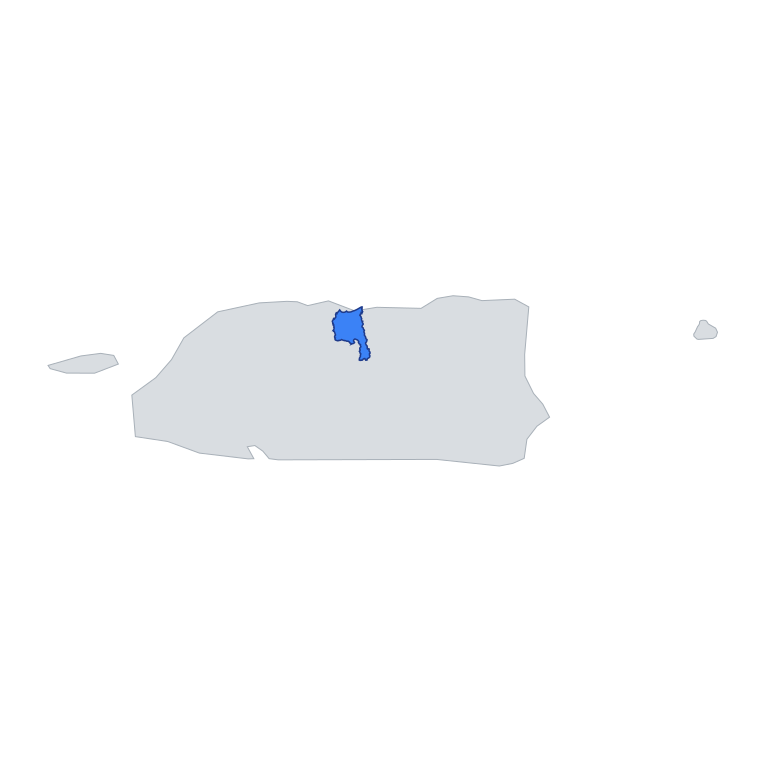 Juana Díaz, Puerto Rico (highlighted), rotated 178°
{"feature_id": "32010507B98584278063898", "entity_name": "Juana Díaz", "entity_type": "district", "adm_level": 2, "iso_a3": "PRI", "parent_name": "Puerto Rico", "parent_adm1": "", "projection": "natural_earth1", "projection_center": [-66.503, 18.064], "detail": "fine", "context": "in_parent", "style": "filled", "palette": "blue", "viewbox_px": 768, "rotation_deg": 178, "n_neighbors": 0, "source": "geoboundaries", "source_scale": "gbopen_adm2", "svg_char_len": 4128}
<svg xmlns="http://www.w3.org/2000/svg" viewBox="0 0 768 768"><g transform="rotate(178 384 384)"><path d="M507.4,321.1L515.2,327.0L522.8,326.1L516.7,313.9L522.3,313.9L570.9,321.4L602.2,334.1L634.3,340.1L636.4,381.7L611.7,398.4L595.5,415.8L582.4,437.1L547.7,461.9L505.9,469.4L478.1,470.0L467.8,469.2L457.6,465.0L436.6,469.0L410.7,458.1L388.5,460.9L344.3,458.3L327.8,467.7L311.9,469.8L296.4,468.1L283.2,463.9L250.4,464.2L236.6,456.0L242.4,408.6L242.9,387.1L234.9,369.4L226.0,358.3L219.7,345.1L232.6,336.5L243.1,323.8L246.5,304.8L258.0,300.2L271.6,298.0L334.1,306.8L492.4,311.9L501.4,313.4L507.4,321.1ZM686.0,422.6L666.1,424.5L653.1,422.0L648.8,413.2L672.9,404.9L701.0,406.0L717.1,411.0L719.1,414.3L686.0,422.6ZM65.2,436.3L62.9,436.6L60.5,436.3L59.4,435.5L57.8,432.7L50.6,428.2L48.9,424.1L50.5,419.8L53.5,418.1L68.2,417.6L69.7,418.0L72.6,421.0L72.7,423.1L71.2,425.2L68.6,430.4L67.5,431.7L66.7,433.1L66.3,435.5L65.2,436.3Z" fill="#d9dde1" stroke="#a8b0b8" stroke-width="1"/><path d="M403.3,461.9L405.1,461.2L408.3,459.5L410.9,458.4L412.1,458.1L412.7,457.9L414.3,457.3L414.7,457.2L415.8,457.1L416.4,457.1L417.0,457.1L417.6,457.2L417.8,457.3L418.1,457.3L418.5,457.8L418.9,458.2L419.9,457.5L420.9,457.1L422.4,457.0L422.7,457.1L423.8,457.4L424.7,458.2L425.2,458.9L425.7,459.6L426.3,458.9L426.9,458.0L428.0,457.1L428.2,456.6L428.5,456.3L428.7,455.7L429.2,455.9L429.1,456.7L429.2,456.8L429.4,456.5L430.0,455.1L429.8,453.6L429.8,453.0L430.0,452.1L431.0,451.3L431.8,451.4L431.9,451.2L431.7,450.9L431.6,450.6L432.3,450.7L432.6,449.8L433.2,449.1L433.5,448.5L433.4,447.9L433.2,447.5L433.0,446.9L433.1,446.2L432.6,445.9L432.6,445.7L432.9,445.0L432.8,444.8L432.4,445.2L432.2,445.0L432.2,444.1L432.0,443.2L432.2,442.4L431.9,442.2L431.9,441.5L432.2,440.4L432.7,439.7L432.3,439.8L432.3,439.3L432.7,438.7L432.6,438.4L432.1,438.3L431.7,437.9L431.0,435.5L430.8,435.2L431.2,434.4L431.0,434.2L431.4,433.8L431.8,432.8L431.3,431.4L431.2,431.4L431.5,430.8L431.1,429.7L430.0,429.2L428.8,428.8L427.8,429.1L427.6,428.9L426.6,429.3L426.1,429.2L425.4,429.5L424.9,429.9L423.6,429.3L423.1,429.0L422.1,428.9L422.0,428.7L421.0,428.7L420.7,428.5L419.5,428.0L418.8,428.1L418.0,427.9L417.3,427.4L417.2,426.9L416.8,426.7L416.5,426.0L416.1,425.9L415.1,425.4L415.4,424.9L414.1,425.4L413.0,425.6L412.0,426.4L412.0,426.7L412.9,427.9L412.9,428.5L412.9,428.8L412.2,429.6L411.5,430.0L410.8,429.8L409.5,429.1L409.1,429.0L408.8,428.8L408.3,428.0L407.8,427.4L408.1,426.4L407.8,425.8L407.6,425.6L407.3,424.9L406.7,424.7L406.1,424.1L406.4,423.6L406.1,423.0L405.8,422.2L405.9,421.8L406.6,421.3L406.8,420.9L406.9,420.7L407.0,419.6L406.7,419.2L406.7,418.4L407.5,417.6L407.1,417.0L406.6,415.1L406.2,414.9L406.3,414.7L406.4,413.8L406.7,413.2L406.6,412.3L407.6,410.8L407.8,409.6L407.9,408.8L407.3,408.5L407.0,408.6L406.4,408.4L406.0,408.7L405.5,408.5L404.9,408.7L404.6,408.7L403.9,409.7L403.1,409.9L403.0,410.1L402.2,410.1L401.9,409.2L401.4,408.4L400.4,408.5L400.0,408.7L400.2,409.1L400.1,409.4L399.7,409.9L398.6,410.5L397.7,411.0L397.4,411.4L397.1,412.5L397.1,412.8L397.5,413.2L397.5,414.8L397.2,415.2L396.8,415.4L397.1,416.8L397.7,417.4L397.8,418.6L397.6,419.0L397.8,419.7L398.5,419.7L398.7,419.8L399.3,419.6L399.5,420.3L399.4,420.4L399.5,421.3L399.4,421.7L399.6,422.0L399.6,422.7L400.1,423.3L400.5,423.7L400.6,424.2L400.9,424.8L401.0,425.6L400.8,426.1L400.1,426.6L399.8,427.2L399.9,427.9L399.4,428.4L399.4,429.0L400.4,429.8L400.8,430.7L400.6,431.1L400.7,431.5L401.1,432.4L401.8,433.2L401.9,433.7L401.7,434.5L401.7,435.5L402.2,436.4L402.3,437.0L401.7,438.1L401.8,438.6L402.2,438.8L402.5,439.1L402.8,440.7L403.9,441.7L404.0,441.9L403.9,442.4L403.8,442.8L403.4,443.6L402.7,444.4L402.7,444.8L403.6,446.6L403.1,447.4L403.5,447.5L403.9,447.7L404.3,449.3L404.0,450.3L404.5,451.0L404.5,451.8L405.0,452.5L405.1,452.9L405.7,453.3L405.6,453.9L405.1,454.3L405.2,454.6L404.8,454.9L404.2,455.0L404.4,455.2L404.2,455.4L404.4,456.0L404.3,456.4L403.3,456.0L402.9,456.8L402.8,457.1L403.1,457.3L403.3,457.8L403.2,458.2L403.5,458.5L403.4,459.1L403.7,459.7L403.3,459.9L403.3,460.6L403.8,461.0L403.9,461.3L403.5,461.2L403.1,461.7L403.3,461.9Z" fill="#3b82f6" stroke="#1e3a8a" stroke-width="1.5"/></g></svg>